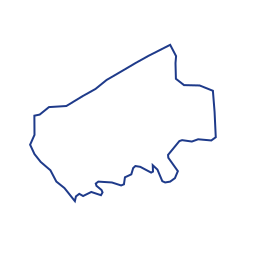 outline of Haeju City, Hwanghae-namdo, North Korea, rotated 321°
{"feature_id": "82179303B26132853361668", "entity_name": "Haeju City", "entity_type": "district", "adm_level": 2, "iso_a3": "PRK", "parent_name": "North Korea", "parent_adm1": "Hwanghae-namdo", "projection": "orthographic", "projection_center": [125.684, 38.062], "detail": "fine", "context": "isolated", "style": "outline", "palette": "blue", "viewbox_px": 256, "rotation_deg": 321, "n_neighbors": 0, "source": "geoboundaries", "source_scale": "gbopen_adm2", "svg_char_len": 901}
<svg xmlns="http://www.w3.org/2000/svg" viewBox="0 0 256 256"><g transform="rotate(321 128 128)"><path d="M212.1,94.9L213.1,89.9L189.3,84.8L175.0,82.3L158.3,79.8L141.6,77.2L127.3,77.2L113.0,74.7L93.9,72.1L79.7,62.0L67.8,62.0L63.0,59.5L51.0,74.5L41.4,79.4L38.9,89.4L38.8,99.5L41.1,112.0L38.6,124.5L40.8,134.6L40.8,139.6L40.7,149.6L40.7,151.4L44.5,148.4L48.7,148.5L50.3,152.6L59.2,154.6L64.7,163.2L67.7,162.0L68.4,159.5L67.1,153.1L68.0,150.9L71.2,151.0L81.2,160.2L86.5,168.3L89.4,169.2L94.6,164.4L101.4,166.1L106.8,162.4L109.8,162.2L113.1,165.9L117.9,177.2L120.0,177.6L123.8,172.5L124.7,178.8L121.2,190.9L122.6,193.7L127.0,196.2L132.9,196.5L139.6,192.9L140.6,176.5L142.2,174.1L159.7,170.5L162.4,171.5L169.1,178.7L175.4,180.9L184.9,190.1L190.4,190.4L205.4,170.0L217.4,152.5L210.4,140.0L198.5,129.9L196.2,119.9L205.8,107.4L210.6,102.4L212.1,94.9Z" fill="none" stroke="#1e3a8a" stroke-width="2"/></g></svg>